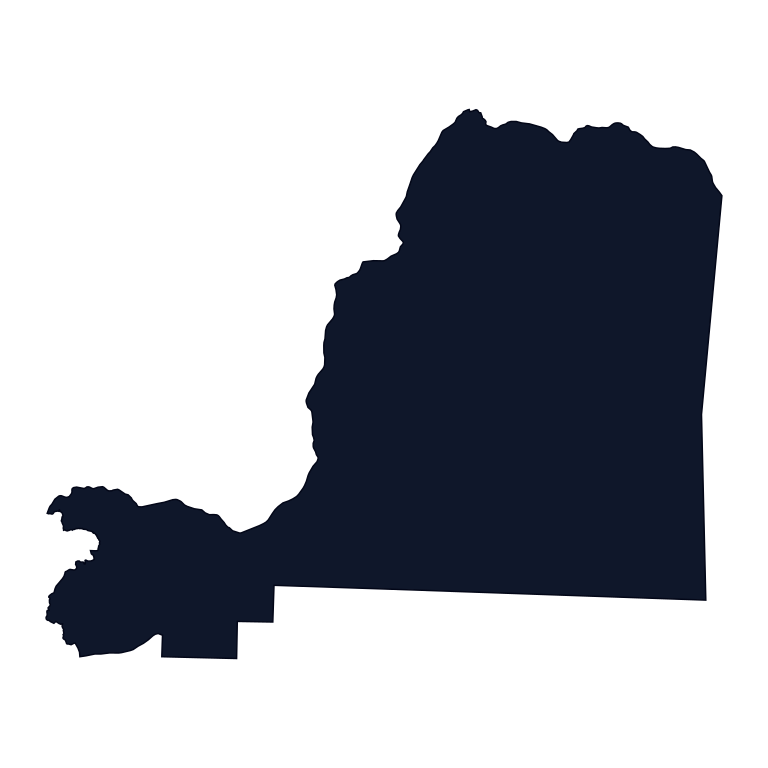 outline of Languiñeo, Chubut, Argentina
{"feature_id": "61730980B26762692885030", "entity_name": "Languiñeo", "entity_type": "district", "adm_level": 2, "iso_a3": "ARG", "parent_name": "Argentina", "parent_adm1": "Chubut", "projection": "orthographic", "projection_center": [-71.241, -43.268], "detail": "fine", "context": "isolated", "style": "filled", "palette": "ink", "viewbox_px": 768, "rotation_deg": 0, "n_neighbors": 0, "source": "geoboundaries", "source_scale": "gbopen_adm2", "svg_char_len": 5930}
<svg xmlns="http://www.w3.org/2000/svg" viewBox="0 0 768 768"><path d="M705.8,600.1L701.5,414.5L721.9,195.7L719.4,192.2L715.5,187.5L713.2,183.5L712.6,182.2L712.3,180.7L711.7,176.2L711.1,174.8L709.5,172.2L704.3,161.2L703.3,160.2L700.9,158.3L696.6,154.0L694.3,152.1L690.3,150.0L685.7,149.6L678.5,147.4L675.5,146.9L672.6,147.0L671.3,147.8L669.8,148.3L665.3,148.5L659.3,148.3L656.2,147.9L653.3,147.1L652.0,146.4L649.7,144.4L647.9,142.0L644.6,138.9L642.8,136.5L640.4,134.7L636.5,132.3L635.0,131.9L632.0,131.8L630.8,131.0L629.7,129.9L628.3,127.2L624.0,125.6L622.7,124.9L621.6,123.8L620.3,123.2L618.0,122.9L615.8,123.0L614.3,123.4L612.3,124.6L609.4,127.1L608.1,127.6L606.5,127.8L602.0,127.5L599.0,128.0L596.8,127.8L591.6,127.0L588.8,125.8L587.2,125.6L586.0,126.2L585.0,127.5L582.9,128.2L579.1,128.7L577.7,129.2L577.2,130.5L573.9,133.6L573.3,135.1L570.7,139.7L568.9,142.1L566.8,142.5L561.5,142.2L558.6,141.2L557.4,140.3L552.5,134.6L548.9,131.8L546.7,129.7L544.8,128.6L541.2,127.2L529.6,123.9L521.4,122.9L516.3,121.5L511.0,121.5L508.1,122.3L505.7,124.1L502.8,124.9L500.7,125.8L498.3,127.7L496.3,128.6L494.0,128.4L491.3,127.1L487.0,125.6L485.8,124.7L485.7,123.2L486.0,121.8L485.3,120.4L483.7,118.9L482.4,118.3L482.2,116.8L480.7,112.8L479.1,112.7L477.5,110.3L476.0,109.7L472.5,111.1L469.8,111.7L469.2,109.5L467.9,109.8L463.5,111.7L462.6,113.4L461.0,114.9L458.4,116.5L456.9,118.2L455.1,122.3L453.4,123.9L449.1,127.0L443.2,130.5L441.9,132.2L438.3,140.6L436.8,143.2L435.0,145.7L432.8,147.8L430.3,151.6L428.2,153.8L423.7,159.8L422.9,161.1L420.0,164.5L413.5,174.8L412.2,177.5L409.8,184.7L407.3,191.8L406.4,196.3L405.8,197.7L400.7,207.0L397.8,210.5L396.3,213.1L396.2,214.6L396.4,216.1L397.1,219.1L400.0,223.6L400.6,224.9L400.8,226.4L400.4,229.5L399.2,232.2L398.5,234.4L398.4,235.9L400.1,238.5L402.7,241.3L403.4,242.5L402.9,244.0L400.4,246.8L399.2,251.2L398.4,252.4L396.5,253.8L391.0,256.2L387.4,259.0L384.8,260.5L383.3,260.9L373.5,260.7L363.1,261.9L362.3,263.2L360.3,268.9L359.6,270.3L357.7,272.7L356.6,273.6L352.9,274.7L351.0,275.8L349.9,276.9L348.6,277.6L347.1,277.7L344.4,279.0L340.0,280.1L337.4,281.7L335.2,283.8L334.8,285.2L336.0,289.6L336.7,294.8L336.2,297.8L334.7,302.1L334.2,305.1L334.0,308.9L334.6,314.2L334.3,315.6L333.7,317.0L332.5,319.0L327.6,324.8L326.6,326.8L325.6,330.5L325.0,338.8L324.0,342.4L323.8,345.5L323.9,353.0L324.9,357.5L324.6,365.0L323.9,367.2L322.8,369.1L318.3,374.3L317.1,376.2L316.1,378.3L314.7,384.2L308.9,393.0L306.2,400.1L306.2,401.6L306.5,403.1L308.0,407.4L310.4,409.5L311.4,410.6L311.9,412.1L313.0,421.1L313.0,422.6L312.2,427.1L312.5,434.7L313.6,437.5L314.2,440.4L313.2,443.3L313.2,446.3L313.5,447.8L315.6,451.8L316.4,454.7L318.1,457.3L318.1,458.7L317.1,461.6L313.1,466.2L309.3,472.7L308.1,475.5L306.4,481.3L304.6,485.5L303.1,488.2L298.7,494.3L296.6,496.5L292.8,498.9L288.7,500.9L283.0,502.9L278.2,506.6L275.0,509.8L272.4,513.5L268.3,519.9L266.2,522.0L263.6,523.6L259.5,525.6L241.2,532.9L239.8,533.1L232.6,530.8L229.3,527.7L227.8,527.2L225.7,525.0L224.1,522.5L221.1,519.1L219.3,516.7L218.2,515.6L216.9,514.9L213.9,514.6L209.3,514.7L205.2,512.9L201.8,509.9L194.4,508.8L187.2,506.4L184.5,505.0L181.3,501.8L180.1,501.0L177.3,499.7L175.9,499.4L172.8,499.7L164.2,502.3L156.8,503.7L142.0,506.9L138.9,506.8L137.6,506.3L136.2,503.6L132.9,500.6L132.0,499.4L131.4,498.0L128.1,494.8L125.2,494.1L118.9,489.8L117.6,489.3L113.1,490.1L111.8,490.8L108.8,490.9L107.4,490.3L103.9,487.3L102.6,486.7L98.0,487.2L93.8,488.7L92.3,488.5L89.6,487.1L88.1,486.8L86.7,487.0L85.5,488.0L84.0,488.5L76.6,487.1L73.6,487.6L72.3,488.5L71.9,489.8L72.0,491.4L71.8,492.9L71.1,494.2L69.2,496.6L66.9,497.4L64.9,497.1L61.6,495.8L60.1,495.7L58.8,496.1L54.9,499.2L51.9,504.2L50.1,506.2L49.2,508.0L47.2,513.3L48.6,513.8L49.9,513.6L52.1,514.1L53.1,513.6L54.3,511.8L54.7,511.6L58.0,511.0L59.0,511.4L59.2,511.2L59.0,510.2L59.5,509.9L60.2,511.4L62.0,512.7L63.1,515.6L62.3,516.4L62.7,517.1L61.9,517.8L61.9,518.8L61.3,520.9L61.9,521.7L62.1,522.8L63.4,525.7L63.5,526.3L63.2,528.2L63.7,529.3L64.1,529.6L63.5,530.0L63.6,530.3L64.9,529.9L66.2,530.7L67.4,530.9L67.9,530.4L68.6,530.6L70.6,529.7L72.1,529.8L72.4,530.1L73.0,529.5L74.0,529.5L75.6,528.9L75.9,528.5L76.7,528.7L77.0,528.4L77.7,528.6L78.8,528.3L79.2,528.3L79.5,528.6L80.3,528.4L81.1,528.7L82.2,528.4L83.1,529.2L86.4,529.5L87.8,530.5L91.9,531.4L92.6,532.3L93.0,532.1L93.2,532.7L93.8,532.7L93.7,533.2L95.1,533.5L95.8,534.7L96.2,534.7L96.3,535.1L96.8,535.3L96.7,535.8L97.0,536.6L97.5,536.9L97.5,537.7L97.9,538.3L98.3,538.5L98.9,539.9L99.8,541.0L99.8,541.7L99.4,543.0L99.8,544.1L98.6,546.1L98.6,547.1L98.1,548.4L98.3,549.2L97.5,550.6L95.2,550.8L90.5,550.6L91.3,553.7L92.3,554.7L93.5,555.3L93.6,556.5L94.0,557.5L94.0,558.6L94.3,559.4L92.1,560.6L90.3,561.1L87.9,561.1L85.9,560.1L85.3,560.2L85.0,560.7L85.4,562.7L85.3,563.4L84.9,564.1L83.9,563.6L84.0,562.9L83.4,562.2L82.0,562.0L80.7,562.3L79.2,561.0L77.7,561.0L75.9,561.9L75.6,564.5L76.4,565.8L76.7,567.3L76.6,568.2L75.6,569.4L74.4,570.1L70.1,569.4L69.3,569.6L66.6,571.3L65.5,571.7L65.1,572.3L65.0,573.3L64.0,576.3L62.3,578.9L56.2,586.1L55.1,588.6L54.0,592.8L51.7,593.8L49.4,595.6L48.8,596.6L48.9,597.4L49.8,598.0L50.0,598.9L49.4,599.9L49.5,602.8L50.3,604.6L50.0,605.6L48.1,607.8L48.1,608.2L48.9,609.6L49.1,610.4L48.0,610.2L47.3,610.5L47.0,611.0L46.9,612.0L47.2,614.2L47.0,615.8L46.1,617.2L46.2,618.9L46.9,619.8L48.1,620.4L49.3,620.4L50.2,621.5L53.9,623.3L55.9,621.4L59.2,623.6L60.7,624.2L62.5,623.9L62.1,626.2L62.6,627.8L63.7,629.2L63.3,630.3L63.9,633.5L63.1,634.6L63.6,636.0L63.0,637.4L63.1,638.4L63.9,639.2L65.1,639.8L66.0,641.7L66.6,643.6L67.2,644.0L68.5,644.0L71.1,644.7L74.1,643.2L75.2,643.1L78.0,648.1L79.5,652.1L79.9,656.7L86.0,655.8L94.8,654.0L100.8,654.0L109.7,652.9L118.7,653.0L121.6,652.6L130.4,650.5L133.2,649.5L138.2,646.1L143.4,643.3L148.3,639.8L152.8,635.8L155.3,634.2L158.2,633.5L162.5,635.2L161.8,656.7L236.6,658.5L237.3,621.4L272.8,622.0L274.0,585.3L385.0,589.0L567.4,595.3L705.8,600.1Z" fill="#0f172a" stroke="#020617" stroke-width="1.5"/></svg>